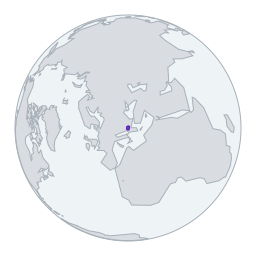 North Macedonia highlighted on a globe, orthographic projection, rotated 294°
{"feature_id": "MKD", "entity_name": "North Macedonia", "entity_type": "country or territory", "adm_level": 0, "iso_a3": "MKD", "parent_name": "Europe", "parent_adm1": "", "projection": "orthographic", "projection_center": [21.64, 41.604], "detail": "fine", "context": "on_globe", "style": "filled", "palette": "violet", "viewbox_px": 256, "rotation_deg": 294, "n_neighbors": 0, "source": "natural_earth", "source_scale": "50m", "svg_char_len": 10568}
<svg xmlns="http://www.w3.org/2000/svg" viewBox="0 0 256 256"><g transform="rotate(294 128 128)"><circle cx="128" cy="128" r="113" fill="#eef3f6" stroke="#a8b0b8"/><path d="M82.1,25.1L86.4,23.7L83.2,25.0L85.1,24.5L89.2,23.0L91.4,22.2L103.5,20.5L117.3,18.7L121.3,17.6L120.7,18.5L128.1,16.3L135.3,16.3L127.3,16.8L126.7,17.3L131.7,17.2L132.1,17.8L134.7,18.1L134.8,18.8L130.1,19.4L130.0,20.0L133.6,20.0L135.9,20.9L130.6,20.8L134.1,22.4L126.9,24.3L112.9,24.4L109.1,27.0L95.1,31.6L96.5,32.1L92.1,34.6L92.1,36.2L89.5,36.9L91.8,37.7L94.2,36.8L95.9,36.9L96.2,37.9L92.9,38.8L92.3,38.4L91.5,39.2L89.7,39.3L90.7,39.8L86.7,40.9L91.0,41.3L88.0,43.5L85.3,43.8L85.2,41.8L78.7,38.5L75.9,38.7L72.1,40.8L65.5,48.6L62.6,49.8L58.9,53.0L60.6,53.0L64.2,50.7L66.5,51.9L70.6,49.1L72.1,49.3L76.4,47.5L76.1,50.0L73.5,53.5L69.9,55.2L68.7,56.9L72.4,57.3L66.0,62.6L62.3,70.3L60.6,71.6L56.7,70.2L56.0,64.9L51.0,64.1L54.6,67.0L50.3,70.7L49.7,72.4L50.1,73.7L51.9,73.4L50.5,75.2L46.5,72.8L47.7,71.0L48.9,71.8L48.6,69.4L45.8,68.3L43.8,70.5L41.8,67.2L40.3,68.8L39.1,69.2L41.5,66.8L37.1,71.2L34.4,69.7L28.3,78.0L33.9,68.8L35.6,65.4L37.2,62.3L36.2,63.5L39.7,58.3L40.3,57.3L46.1,50.6L52.5,44.4L59.3,38.7L66.5,33.6L74.2,29.0L82.1,25.1ZM29.5,73.3L28.8,74.8L28.2,75.8L29.5,73.3ZM17.9,104.3L18.2,103.4L18.2,105.5L17.0,110.4L17.9,108.2L17.3,112.8L18.0,120.6L17.7,121.1L18.1,133.7L20.6,143.7L21.2,149.0L20.7,150.4L22.0,153.6L22.0,155.1L29.0,167.7L34.1,176.7L34.9,181.7L32.7,183.1L35.3,191.4L33.3,189.0L29.2,182.1L25.6,174.9L22.5,167.5L20.0,159.8L18.0,152.1L16.5,144.2L15.7,136.2L15.4,128.2L15.6,120.2L16.5,112.2L17.9,104.3ZM26.8,80.3L22.9,91.7L23.5,87.9L23.7,88.0L25.0,84.5L26.9,79.5L27.8,76.7L26.8,80.3ZM28.6,79.3L29.2,77.7L28.9,79.0L28.6,79.3ZM92.4,21.8L89.2,23.0L85.4,24.2L87.9,23.2L92.4,21.8ZM99.8,20.0L98.4,20.6L96.4,20.7L97.8,20.3L99.8,20.0ZM124.1,16.9L121.5,17.0L123.9,16.7L124.1,16.9ZM135.1,18.1L135.7,17.9L136.8,18.2L135.1,18.1ZM76.3,46.3L76.3,46.9L75.5,46.9L76.3,46.3ZM78.1,45.1L77.1,44.7L77.8,44.0L78.4,44.3L78.1,45.1ZM137.9,19.6L139.5,20.3L137.1,19.7L137.9,19.6ZM79.2,45.7L79.2,42.9L80.5,41.8L83.9,42.0L79.2,45.7ZM139.9,20.7L143.8,22.6L145.6,22.3L142.9,24.4L140.4,22.0L137.2,21.2L139.5,21.3L139.9,20.7ZM94.8,36.1L92.3,37.1L94.2,35.4L94.8,36.1ZM95.6,35.1L98.8,30.3L102.7,29.5L100.8,31.2L105.6,29.7L105.9,31.7L103.3,32.9L100.8,33.0L102.8,33.7L95.6,35.1ZM140.8,25.5L141.1,26.1L139.9,25.6L140.8,25.5ZM96.8,36.9L97.1,35.9L100.5,35.1L100.5,37.0L99.4,36.6L96.8,36.9ZM106.7,28.4L109.2,28.3L110.1,29.8L111.2,30.0L106.2,31.7L106.7,28.4ZM98.7,37.3L100.4,38.0L99.0,39.3L96.7,37.8L98.7,37.3ZM101.3,34.2L102.9,34.0L102.0,34.7L101.3,34.2ZM95.1,44.5L95.4,43.2L97.1,42.6L95.1,44.5ZM101.1,38.2L101.5,37.7L102.2,37.4L103.0,38.1L101.1,38.2ZM107.2,32.7L107.1,33.4L109.3,32.1L110.1,33.3L106.6,34.2L108.4,34.4L108.6,34.7L105.5,35.1L107.2,32.7ZM106.0,38.0L101.8,39.8L100.9,42.3L99.3,42.8L101.1,38.7L106.0,38.0ZM106.0,36.2L105.6,37.4L103.8,37.3L103.0,36.5L106.0,36.2ZM111.8,33.9L111.5,31.7L112.3,31.6L111.8,33.9ZM106.1,38.7L107.1,38.2L106.2,38.9L106.1,38.7ZM110.5,35.3L110.2,34.5L111.1,34.4L110.5,35.3ZM109.2,38.1L107.9,38.6L107.3,38.0L109.2,38.1ZM110.1,36.8L111.3,36.9L107.8,37.5L109.8,36.5L110.1,36.8ZM111.3,35.3L111.8,35.0L111.3,35.7L111.3,35.3ZM112.4,40.1L108.1,41.1L106.7,39.7L111.1,38.9L112.4,40.1ZM66.5,180.0L59.1,162.6L62.4,158.0L62.8,150.8L85.7,132.6L90.8,135.4L109.2,135.0L111.5,136.2L109.7,142.1L123.7,150.1L127.8,145.2L140.2,148.5L148.3,147.4L150.7,135.8L137.4,137.4L134.9,132.0L145.2,126.0L156.7,124.8L156.1,122.7L148.6,119.0L151.0,114.5L145.9,117.4L148.2,119.4L145.1,121.4L142.9,119.8L143.8,118.1L140.3,117.6L136.7,125.8L138.6,128.6L129.5,130.6L131.7,135.7L129.3,138.2L124.6,130.6L124.9,127.7L116.4,119.3L115.3,122.4L123.3,130.7L120.9,130.1L119.4,134.8L118.6,130.7L110.2,121.3L101.8,122.3L91.6,132.6L86.6,132.5L82.2,129.0L85.5,117.4L96.3,119.0L97.6,115.3L95.1,109.0L98.6,110.2L98.9,108.0L102.9,108.3L108.3,103.6L112.3,103.5L114.1,96.8L116.5,96.0L114.7,100.1L115.7,103.0L125.7,103.0L127.6,101.5L127.9,97.3L130.7,98.0L129.7,94.0L135.3,92.1L127.7,91.1L127.9,86.6L131.1,83.0L129.8,81.4L124.6,87.3L123.7,89.8L125.2,92.3L121.7,99.6L118.3,100.7L116.8,92.7L111.8,93.6L112.8,87.3L126.3,74.7L132.1,72.2L142.4,77.3L141.2,80.2L136.9,79.7L141.2,84.2L140.7,81.9L142.9,82.6L143.7,78.7L145.3,79.1L143.3,75.0L145.4,75.0L146.6,77.6L149.6,72.3L153.8,71.5L153.7,70.2L152.4,69.0L158.7,68.9L158.3,68.0L156.1,67.6L153.9,65.5L152.5,61.9L154.8,62.1L155.6,63.4L160.7,66.6L162.5,70.3L163.3,70.1L162.2,66.9L156.0,63.0L154.6,60.8L157.7,62.2L156.4,61.5L156.4,60.5L158.5,59.8L155.1,58.1L151.8,47.7L155.5,45.5L158.7,47.8L158.7,41.6L162.9,40.2L160.9,39.8L159.5,36.9L158.2,37.3L157.1,36.9L153.0,30.4L153.8,29.2L149.7,26.5L148.7,26.4L147.9,27.0L142.9,24.4L145.6,22.3L147.8,22.7L148.0,21.3L153.1,22.5L157.4,23.1L162.9,25.6L165.8,26.1L165.5,25.5L169.3,25.9L178.0,29.2L172.2,28.9L159.4,25.8L164.7,27.1L163.9,27.6L166.0,28.7L169.8,29.7L170.0,29.3L177.9,36.2L187.7,42.0L186.0,39.0L187.9,38.7L197.6,44.0L211.3,58.4L213.9,59.2L215.9,61.2L217.8,64.6L214.9,61.7L214.3,62.7L212.4,60.7L214.5,65.6L211.8,63.0L214.7,68.3L216.7,69.3L215.9,65.7L219.6,71.8L222.3,72.4L225.7,76.7L231.6,90.3L232.9,98.3L233.6,100.2L232.5,100.6L233.5,106.6L237.5,111.4L238.2,114.1L238.7,123.8L238.2,121.9L235.4,123.0L236.6,130.4L238.8,131.1L239.7,135.7L238.7,137.2L237.7,133.4L236.6,133.6L235.6,127.6L232.3,121.4L231.3,126.3L230.1,122.8L225.5,119.2L223.2,126.2L220.5,142.3L222.2,151.6L220.4,157.9L213.2,149.2L209.5,141.2L207.2,144.0L199.6,139.8L187.3,146.1L185.3,144.2L183.0,146.5L177.6,146.0L174.4,142.5L171.3,144.0L179.7,152.8L183.0,151.2L185.5,145.6L187.2,149.1L192.4,150.4L187.6,162.5L168.9,177.3L166.7,170.5L150.3,152.7L150.6,150.1L150.5,149.9L150.3,149.4L149.2,153.6L146.3,149.8L155.4,163.4L157.1,169.3L168.6,177.8L167.7,179.2L171.2,180.5L182.2,174.1L182.4,176.5L177.4,188.8L161.9,205.9L163.7,213.3L162.2,219.5L152.1,225.0L152.6,228.7L147.2,230.7L146.6,232.6L142.1,234.9L134.7,236.9L122.7,237.1L122.3,235.8L116.8,232.5L109.3,222.7L112.7,218.0L111.7,213.7L103.0,202.5L104.9,196.6L102.5,193.6L97.5,193.5L94.7,189.8L91.6,189.1L72.5,186.4L66.5,180.0ZM78.2,143.9L77.7,146.1L78.2,143.9ZM169.3,129.2L175.9,127.4L172.2,121.2L174.5,120.1L172.4,118.5L171.9,120.8L166.7,116.2L169.3,113.1L168.1,110.2L165.9,110.7L161.9,117.1L169.4,123.6L168.1,127.0L169.3,129.2ZM18.1,120.8L18.0,122.7L17.8,121.5L18.1,120.8ZM22.7,89.2L22.3,90.9L21.8,92.4L22.0,91.4L22.7,89.2ZM21.2,102.8L21.1,105.1L20.9,103.5L21.2,102.8ZM22.5,93.4L21.3,101.2L20.8,98.8L21.7,94.0L21.5,96.1L22.5,93.4ZM27.1,81.1L26.7,82.4L26.3,82.9L27.1,81.1ZM28.4,80.3L28.5,79.9L29.0,78.8L28.4,80.3ZM50.5,70.8L50.8,71.1L50.9,72.7L50.1,72.4L50.5,70.8ZM55.8,77.4L53.4,80.3L54.6,77.9L53.0,78.0L53.4,73.3L59.7,72.0L56.8,73.3L55.8,77.4ZM55.7,67.0L54.7,69.9L55.6,66.8L55.7,67.0ZM96.6,96.2L98.0,97.9L96.6,100.3L91.5,101.2L93.5,97.6L96.6,96.2ZM100.4,99.9L100.4,92.1L103.6,91.5L101.8,93.1L103.9,93.5L101.6,96.2L104.7,103.5L103.7,106.2L94.8,105.9L98.3,104.4L96.6,102.7L100.4,99.9ZM94.6,75.5L94.6,72.8L101.5,74.9L100.7,77.3L95.5,78.1L93.4,75.8L94.6,75.5ZM85.1,46.8L84.7,46.0L85.6,45.7L86.7,46.1L85.1,46.8ZM95.1,43.9L88.0,49.9L87.1,49.3L84.0,53.9L80.5,54.1L82.7,51.1L77.7,54.8L78.2,52.2L75.0,55.0L80.1,48.3L80.4,46.2L81.4,48.4L84.6,48.1L86.1,47.5L90.4,44.1L92.6,39.9L96.1,39.3L98.0,40.0L98.0,40.9L95.7,40.9L97.4,42.1L94.1,42.9L95.1,43.9ZM118.4,51.4L115.7,50.6L118.5,54.1L115.2,54.5L115.8,54.9L113.5,56.3L111.7,58.8L110.1,58.6L110.1,59.7L108.6,60.8L108.0,62.2L105.0,62.5L104.1,64.3L103.2,63.4L102.4,66.5L101.7,64.3L99.7,65.7L101.4,67.1L86.9,66.2L81.4,68.0L77.1,70.7L76.5,66.9L80.1,62.1L85.7,57.6L91.1,56.6L89.9,55.2L92.1,54.4L92.2,55.8L93.4,53.2L95.2,52.9L100.2,49.6L100.9,46.2L102.7,45.0L103.4,46.3L104.8,44.3L107.3,45.8L108.7,45.1L112.5,46.0L113.1,49.0L114.6,48.0L117.6,48.8L118.4,51.4ZM113.4,40.5L114.8,43.7L113.6,45.6L107.4,43.2L105.8,43.6L101.7,42.4L103.4,39.8L104.4,40.4L105.8,40.3L104.7,41.1L106.6,40.4L108.1,41.2L109.9,41.0L109.9,42.0L113.4,40.5ZM114.0,134.1L115.8,134.5L118.6,134.3L117.7,137.4L114.0,134.1ZM108.2,127.7L109.8,127.5L109.9,131.5L108.0,131.2L108.2,127.7ZM110.5,124.0L109.8,127.1L109.1,125.3L110.5,124.0ZM116.2,99.7L117.9,99.2L118.1,100.2L117.2,101.7L116.2,99.7ZM126.0,63.0L124.6,62.0L125.1,61.5L124.1,58.3L126.4,57.9L128.0,59.7L126.0,63.0ZM148.5,138.1L146.2,140.6L145.0,139.7L146.0,139.0L148.5,138.1ZM131.3,139.5L135.3,140.8L131.0,140.4L131.3,139.5ZM128.4,62.0L127.7,60.8L129.3,61.4L128.4,62.0ZM128.1,57.5L130.0,57.9L126.6,57.5L128.1,57.5ZM180.4,213.3L171.9,224.7L166.9,226.3L166.5,224.1L169.9,217.7L175.9,214.2L179.0,210.4L180.4,213.3ZM239.2,146.1L239.5,143.9L239.6,143.6L239.2,146.1ZM239.5,144.1L238.7,145.4L235.6,140.9L236.8,138.5L239.6,138.0L239.5,139.7L240.0,139.7L239.5,144.1ZM240.5,133.2L240.5,130.9L240.5,127.6L240.6,125.9L239.3,110.7L240.5,121.9L240.5,133.2ZM222.6,152.1L224.9,155.7L223.7,157.9L222.6,152.1ZM237.6,102.3L238.9,108.6L237.4,101.4L237.6,102.3ZM236.0,96.4L236.5,98.0L236.3,97.4L236.0,96.4ZM234.7,102.6L234.7,105.0L234.1,103.8L233.8,100.1L234.7,102.6ZM228.3,80.4L230.4,84.0L231.1,85.5L230.1,84.2L228.3,80.4ZM147.5,58.4L146.3,63.1L147.0,66.6L149.8,68.5L145.3,67.9L144.2,62.6L147.5,58.4ZM151.0,48.9L148.5,47.5L149.9,47.0L150.7,47.3L151.0,48.9ZM149.3,48.9L145.7,49.4L144.5,47.8L147.6,47.7L149.3,48.9ZM137.1,55.4L136.5,56.7L135.3,56.1L137.1,55.4ZM236.7,98.3L236.5,97.6L236.4,97.2L236.7,98.3ZM235.6,94.5L236.0,96.5L233.5,90.1L233.0,88.2L235.1,93.7L235.4,93.9L235.6,94.5ZM216.3,59.6L215.0,58.3L213.8,56.5L215.0,57.9L216.3,59.6ZM208.9,50.2L213.1,55.7L216.2,60.5L216.4,60.2L219.2,63.7L217.7,62.7L213.7,57.4L211.7,54.3L209.1,51.7L206.3,48.5L203.4,46.3L201.4,44.5L203.4,45.6L208.9,50.2ZM202.2,45.6L196.1,41.4L195.0,39.4L196.1,39.9L199.3,42.6L199.7,43.4L202.2,45.6ZM194.3,39.9L194.6,40.8L186.3,38.1L184.2,37.1L190.0,37.7L190.6,38.6L192.8,39.8L194.3,39.9ZM142.2,26.0L141.2,26.1L141.6,25.6L142.2,26.0ZM156.4,37.2L155.0,36.6L155.6,35.9L156.4,37.2ZM151.5,34.6L151.8,35.7L150.5,34.5L151.5,34.6ZM152.6,38.4L151.4,36.2L153.9,38.4L152.6,38.4Z" fill="#d9dde1" stroke="#a8b0b8" stroke-width="1"/><path d="M127.9,126.7L128.0,126.7L128.3,126.6L128.5,126.6L128.9,126.5L129.0,126.6L129.3,126.9L129.4,127.0L129.5,127.1L129.9,127.5L130.0,127.7L130.0,127.8L129.9,128.0L129.9,128.5L129.7,128.5L129.6,128.8L129.4,128.9L129.1,128.9L128.9,128.9L128.7,128.9L128.4,129.0L128.2,129.3L127.9,129.4L127.7,129.4L127.3,129.5L127.2,129.5L127.0,129.4L126.9,129.3L126.7,129.4L126.5,129.1L126.4,128.9L126.3,128.6L126.3,128.4L126.2,128.2L126.3,128.1L126.3,127.9L126.4,127.5L126.6,127.5L126.7,127.4L126.7,127.2L127.2,126.9L127.3,126.9L127.4,127.0L127.5,127.0L127.6,126.9L127.9,126.7L127.9,126.7Z" fill="#8b5cf6" stroke="#5b21b6" stroke-width="1.5"/></g></svg>